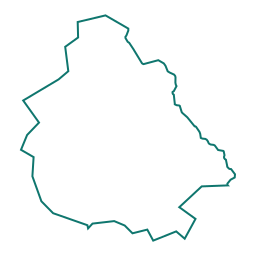 outline of Martin, Kentucky, United States of America
{"feature_id": "52423323B94344797346492", "entity_name": "Martin", "entity_type": "district", "adm_level": 2, "iso_a3": "USA", "parent_name": "United States of America", "parent_adm1": "Kentucky", "projection": "mercator", "projection_center": [-82.442, 37.816], "detail": "fine", "context": "isolated", "style": "outline", "palette": "teal", "viewbox_px": 256, "rotation_deg": 0, "n_neighbors": 0, "source": "geoboundaries", "source_scale": "gbopen_adm2", "svg_char_len": 1262}
<svg xmlns="http://www.w3.org/2000/svg" viewBox="0 0 256 256"><path d="M58.6,79.4L23.2,100.5L39.0,122.6L27.1,135.0L21.0,149.8L33.6,157.1L32.4,176.3L41.4,201.3L53.1,213.2L87.4,225.2L88.1,228.4L92.5,223.6L114.2,221.1L124.7,225.5L132.5,233.3L147.3,229.6L153.2,240.6L176.2,231.4L184.7,238.7L195.5,218.9L179.3,207.2L201.7,186.4L227.7,185.4L227.5,185.2L227.4,183.6L230.6,179.7L234.7,177.5L235.0,174.3L231.1,169.1L229.9,169.0L228.8,168.5L227.2,166.7L227.2,166.0L225.9,159.7L224.9,159.1L224.1,157.9L224.0,156.9L224.5,155.2L223.7,151.3L223.2,150.9L218.1,150.0L214.8,145.5L213.7,144.9L210.6,144.5L209.1,143.7L208.4,142.7L208.0,141.5L206.7,139.7L205.3,138.9L202.4,138.6L200.8,137.9L200.2,133.8L199.5,131.9L196.1,126.9L195.3,126.3L194.6,126.3L187.3,117.3L182.4,113.0L181.7,112.1L179.8,105.9L179.2,105.5L176.6,105.2L174.8,104.3L174.8,103.8L174.2,98.3L173.8,94.7L172.9,94.0L172.5,92.9L172.6,91.9L173.8,91.2L176.5,86.1L175.8,84.7L175.4,82.7L175.5,77.3L175.2,76.0L174.1,74.6L169.6,72.5L167.7,71.3L165.5,65.8L163.8,63.4L158.3,60.2L144.0,64.0L143.3,64.1L142.0,63.3L134.2,50.5L133.7,49.6L129.2,42.8L127.7,41.8L125.5,38.1L125.4,36.9L126.4,35.5L128.3,30.6L128.3,28.6L105.5,15.4L77.7,22.0L78.1,37.5L65.2,46.8L68.3,71.2L58.6,79.4Z" fill="none" stroke="#0f766e" stroke-width="2"/></svg>